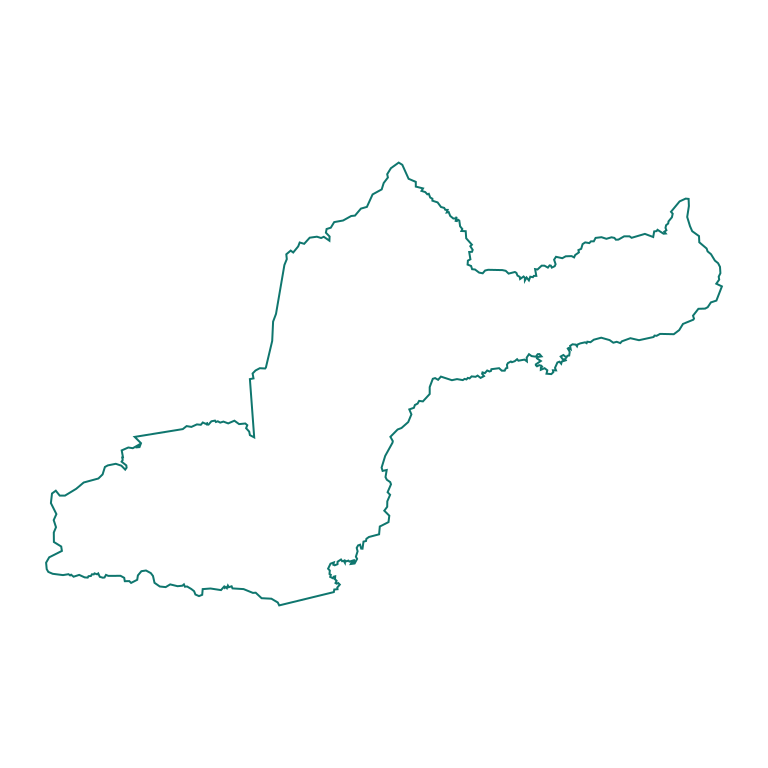 outline of Pelaya, Cesar, Colombia
{"feature_id": "7082276B17184612487952", "entity_name": "Pelaya", "entity_type": "district", "adm_level": 2, "iso_a3": "COL", "parent_name": "Colombia", "parent_adm1": "Cesar", "projection": "mercator", "projection_center": [-73.607, 8.77], "detail": "fine", "context": "isolated", "style": "outline", "palette": "teal", "viewbox_px": 768, "rotation_deg": 0, "n_neighbors": 0, "source": "geoboundaries", "source_scale": "gbopen_adm2", "svg_char_len": 6067}
<svg xmlns="http://www.w3.org/2000/svg" viewBox="0 0 768 768"><path d="M721.9,286.4L716.3,283.7L719.2,279.6L718.7,276.7L720.4,273.2L720.0,266.9L718.1,263.2L714.9,260.6L711.0,254.2L707.6,251.4L706.6,248.5L699.3,242.3L699.0,236.1L692.2,231.2L690.0,226.2L687.2,217.0L688.9,206.0L688.6,198.9L685.7,198.6L679.6,201.4L671.0,211.8L672.7,213.7L671.9,217.3L668.5,221.4L668.2,223.5L666.1,225.2L665.5,227.9L666.4,230.3L664.3,231.7L665.7,233.5L663.5,233.7L657.5,229.8L656.6,231.1L654.2,231.4L653.2,237.0L644.9,233.9L631.6,237.8L629.5,236.3L624.2,236.3L618.4,239.6L615.9,239.7L614.4,237.9L611.5,237.3L606.4,238.8L601.5,237.2L595.6,237.9L593.8,241.3L591.0,241.3L589.3,243.1L585.2,242.4L582.6,244.1L581.2,248.8L578.4,250.1L578.9,252.4L575.2,255.0L574.1,257.4L571.6,256.1L565.7,256.3L562.3,258.2L556.0,256.8L554.1,259.7L555.6,264.2L554.7,266.2L551.8,267.6L550.8,265.6L549.6,265.4L547.9,267.6L544.5,265.7L541.6,265.7L537.5,269.5L535.1,269.1L536.3,275.9L533.8,275.9L532.9,277.2L530.3,276.7L528.9,280.4L526.6,277.5L524.9,280.5L524.8,277.7L523.6,276.5L520.1,279.0L519.7,276.8L517.5,275.6L516.4,272.9L514.9,272.0L508.6,273.6L505.7,270.8L502.4,270.1L488.1,269.8L485.1,270.5L482.7,273.3L479.1,272.6L475.0,269.5L472.1,269.2L471.1,266.0L467.6,264.6L467.9,260.6L470.4,259.3L469.2,252.0L472.0,251.8L472.7,249.9L470.3,246.2L471.9,244.7L466.2,238.3L465.7,231.2L461.4,231.0L462.3,229.0L460.1,226.3L459.3,220.6L458.0,219.7L456.9,221.1L455.7,220.9L456.6,216.8L455.7,218.4L453.3,218.5L450.2,215.9L448.7,212.1L446.7,212.5L447.6,209.9L445.3,209.8L444.2,207.9L441.0,207.0L437.6,202.4L432.4,200.7L432.4,198.7L430.2,197.5L428.8,193.8L427.3,194.3L425.3,192.1L421.5,190.9L423.0,188.4L415.8,186.6L415.8,181.9L408.6,178.8L402.3,164.8L398.7,162.6L390.9,168.2L387.2,174.2L387.9,177.5L383.7,183.0L381.7,189.4L372.6,194.4L366.9,206.9L360.9,208.6L355.0,215.6L351.2,216.0L343.1,220.5L334.2,222.1L330.8,227.7L326.6,229.0L325.9,232.7L329.6,236.5L329.4,240.7L323.8,236.8L321.1,238.0L316.9,236.7L309.7,237.7L304.2,243.8L299.7,242.5L298.2,246.4L293.2,252.5L290.7,250.6L286.3,254.3L286.8,259.1L284.4,265.0L276.0,313.9L273.1,321.6L272.2,340.9L265.9,367.5L265.1,368.5L259.8,368.2L255.5,370.5L252.6,373.5L253.5,378.4L249.9,379.1L254.2,437.4L249.9,435.1L249.2,431.6L246.1,428.2L247.3,425.2L245.3,423.5L239.1,424.1L234.4,420.7L228.2,423.4L223.4,421.6L220.2,422.6L217.8,421.3L215.9,422.0L215.0,420.6L211.4,421.3L208.5,424.6L207.0,424.5L207.0,423.3L205.6,423.8L202.8,422.5L200.8,424.8L196.9,424.4L191.4,426.9L186.6,426.1L182.8,429.1L134.7,436.9L141.0,443.2L139.5,447.1L137.2,447.3L138.6,444.9L132.8,448.2L128.3,447.5L121.7,450.4L123.0,457.4L122.2,457.5L122.7,460.0L121.6,461.7L126.3,465.4L126.6,467.7L125.2,469.6L121.4,465.7L115.8,463.8L107.8,465.4L104.9,467.0L102.6,474.4L98.4,478.5L83.7,482.5L76.2,488.8L65.0,495.6L59.7,495.6L55.8,490.7L52.0,493.5L50.9,503.1L56.4,514.1L53.7,520.1L56.0,527.2L53.8,532.5L53.9,542.0L61.2,546.5L61.9,550.9L49.2,557.3L46.1,562.7L46.7,569.1L48.3,571.9L52.7,573.8L63.0,575.1L68.5,574.2L70.1,575.4L71.1,574.7L73.6,576.7L79.2,574.9L84.7,577.4L87.7,577.6L88.5,576.2L90.9,576.0L91.9,574.3L93.8,574.4L94.5,573.4L97.1,574.3L98.2,573.4L99.8,576.8L102.8,577.7L104.5,577.5L106.0,574.9L108.3,575.9L120.5,575.8L124.2,577.8L124.8,581.2L129.3,581.1L131.1,582.9L137.2,579.8L137.9,575.4L141.4,571.2L146.0,570.5L150.8,573.1L153.0,576.0L154.5,582.8L159.8,586.5L165.7,587.1L170.2,584.4L177.6,586.2L182.4,585.7L183.9,584.4L184.9,586.7L187.1,586.5L191.3,589.0L194.1,591.2L195.4,594.5L199.0,596.1L202.2,594.8L202.7,589.1L210.5,588.5L221.0,590.1L224.1,586.6L224.8,587.9L225.8,587.0L226.9,588.2L227.9,585.6L228.8,587.2L231.6,586.3L232.5,588.4L243.6,589.1L252.9,592.9L255.7,592.7L261.6,598.2L271.4,598.7L277.8,602.5L279.2,605.4L333.8,592.1L334.3,589.5L337.5,589.2L337.3,587.5L339.8,584.6L338.2,583.0L336.7,583.7L335.5,583.0L336.6,580.8L335.0,579.3L335.2,576.3L333.7,576.7L333.0,578.3L330.2,576.9L330.8,574.8L329.5,574.0L329.8,570.5L328.1,568.7L330.5,563.7L333.9,562.4L333.3,564.7L334.7,565.3L337.5,564.2L337.6,561.7L341.0,559.5L342.1,561.2L343.7,560.8L344.9,562.8L345.1,560.6L346.5,561.3L348.4,560.6L349.4,561.6L354.0,560.2L354.6,562.3L351.5,562.6L350.8,564.0L354.6,563.5L357.1,558.9L355.9,556.7L357.6,551.3L356.7,547.9L358.1,545.4L360.1,544.7L361.2,548.6L362.5,548.7L363.5,541.6L366.0,541.0L366.4,538.8L368.9,537.0L379.1,534.3L379.8,526.5L388.5,522.1L389.3,515.7L384.3,510.7L387.2,506.8L387.3,501.3L390.1,494.8L387.6,492.2L391.0,484.3L390.2,482.1L386.8,479.7L385.5,477.1L386.7,470.0L382.6,470.9L381.6,467.6L385.2,455.9L392.5,442.7L392.8,441.1L390.4,436.8L397.6,429.5L401.5,428.0L408.2,422.1L411.4,414.4L409.3,409.4L413.9,407.8L414.9,405.0L417.6,403.6L419.1,400.9L422.9,401.4L429.7,394.0L429.7,387.1L432.8,378.8L435.1,378.1L438.1,379.8L440.9,376.6L451.9,380.2L457.0,379.1L462.8,380.1L464.6,378.9L466.5,379.4L467.8,377.9L469.6,378.4L471.6,376.4L475.6,376.8L477.6,375.6L480.6,377.9L484.0,376.1L482.1,373.8L482.5,372.4L484.9,373.1L487.2,370.5L489.5,371.5L491.0,370.9L491.4,369.2L499.1,368.2L501.8,370.7L504.7,370.7L505.8,368.4L507.3,367.9L507.0,364.7L507.9,363.1L510.9,361.5L511.9,362.2L514.7,361.2L517.1,359.2L518.4,360.7L524.5,359.6L526.9,361.4L526.7,357.6L529.0,354.2L531.6,356.1L535.8,356.7L537.7,354.2L539.5,354.1L541.5,356.4L537.7,357.0L537.0,358.4L540.8,361.0L535.8,364.4L535.9,365.3L537.0,366.3L539.2,365.2L541.3,365.7L542.1,366.7L540.9,367.6L540.8,369.8L544.6,368.2L547.3,370.3L546.5,373.7L551.3,374.1L553.3,372.2L552.9,370.3L556.0,370.4L555.0,367.9L557.4,362.5L559.4,361.7L561.2,363.7L561.7,361.6L565.8,360.3L565.1,359.1L562.9,359.5L560.7,356.5L563.4,355.0L566.4,357.5L567.4,355.8L569.2,355.5L569.7,351.8L567.8,348.5L568.6,348.0L570.7,349.3L570.1,345.9L572.5,344.3L575.7,344.6L577.0,346.3L577.6,344.5L580.2,343.4L585.1,342.3L586.6,343.2L587.3,341.7L590.5,342.2L593.8,339.7L601.2,337.7L609.6,340.1L613.3,342.7L616.7,341.8L620.3,343.1L621.9,341.3L630.4,338.2L639.0,340.2L653.6,337.0L654.5,335.6L656.6,335.8L660.1,333.9L673.8,334.2L679.2,330.1L683.0,323.9L693.3,319.7L694.0,318.6L693.0,315.7L698.4,308.8L705.1,308.6L707.7,307.2L710.9,302.4L716.4,300.6L721.9,286.4Z" fill="none" stroke="#0f766e" stroke-width="2"/></svg>